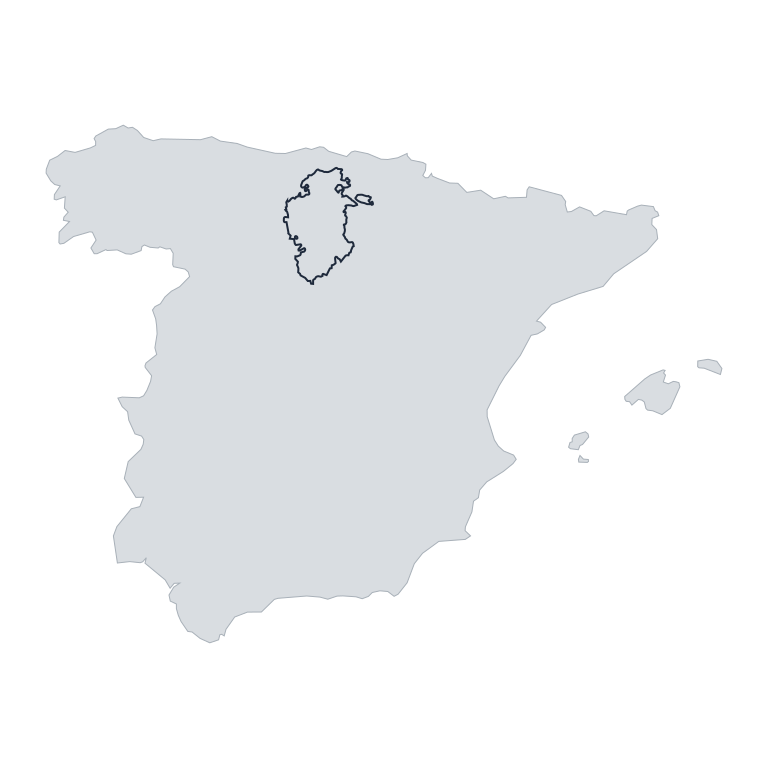 where Burgos sits in Spain
{"feature_id": "ESP-5810", "entity_name": "Burgos", "entity_type": "Autonomous Community", "adm_level": 1, "iso_a3": "ESP", "parent_name": "Spain", "parent_adm1": "", "projection": "orthographic", "projection_center": [-3.389, 42.329], "detail": "fine", "context": "in_parent", "style": "outline", "palette": "slate", "viewbox_px": 768, "rotation_deg": 0, "n_neighbors": 0, "source": "natural_earth", "source_scale": "10m", "svg_char_len": 9725}
<svg xmlns="http://www.w3.org/2000/svg" viewBox="0 0 768 768"><path d="M407.1,153.5L407.3,155.8L411.2,160.1L422.9,162.5L425.9,164.2L425.5,170.3L422.8,175.5L425.4,177.8L428.2,177.7L431.5,173.4L432.3,176.1L437.7,178.5L449.6,183.0L457.9,183.3L466.8,192.4L480.7,190.2L493.7,198.8L505.4,196.3L508.1,197.9L526.5,197.3L527.1,189.9L529.2,186.8L561.5,195.4L565.7,201.5L565.2,204.7L567.3,212.0L571.4,211.5L579.6,206.9L590.8,211.3L593.9,215.6L596.2,215.8L604.1,210.8L626.5,214.7L627.2,211.1L628.6,210.0L637.7,206.1L641.4,205.1L653.4,206.6L655.1,210.7L657.6,212.1L658.8,215.7L652.1,218.4L651.8,224.6L656.5,229.6L657.7,238.7L646.6,251.4L613.7,273.8L603.1,286.4L577.8,294.1L551.6,304.5L536.5,321.1L540.6,322.2L545.6,327.4L544.2,329.9L537.4,333.9L531.1,335.3L520.3,355.4L504.8,376.4L499.1,385.8L487.1,409.9L487.2,416.7L494.4,440.0L498.3,446.1L503.7,451.0L513.6,455.1L516.2,459.3L513.0,463.6L503.4,471.4L486.7,481.9L479.7,490.0L478.4,497.7L473.5,501.2L471.9,511.9L465.4,526.8L465.1,530.7L470.5,535.9L465.3,539.4L438.8,541.4L422.5,553.3L414.3,563.7L407.1,582.8L398.1,594.2L394.1,596.3L387.8,591.5L379.9,590.8L372.3,592.5L368.4,596.4L362.2,598.7L356.0,596.8L342.9,595.9L337.0,596.1L327.8,599.2L320.0,597.1L306.7,596.0L278.0,598.3L274.3,599.4L261.4,612.0L247.4,612.1L234.7,617.0L226.0,629.3L224.2,635.9L221.7,634.3L219.8,634.8L218.6,639.8L209.8,642.8L200.1,638.4L192.1,632.0L187.8,631.4L181.1,621.6L178.3,615.3L176.4,608.6L176.4,604.0L170.3,601.1L169.0,595.0L173.7,587.2L179.8,583.1L174.2,583.3L170.1,588.2L165.2,579.9L145.0,563.2L146.3,557.7L142.7,561.8L140.2,562.7L129.7,561.6L117.4,563.0L113.4,535.9L116.9,526.6L131.3,508.8L139.9,506.6L143.6,497.2L135.9,497.4L124.3,478.5L128.2,461.6L140.9,449.4L143.2,444.3L143.8,439.5L141.6,436.1L135.0,433.9L128.8,420.2L127.6,411.7L122.2,406.7L117.9,398.1L122.2,397.1L139.3,397.8L143.6,395.8L146.9,390.4L150.6,381.3L151.6,375.7L145.2,367.4L145.0,365.7L146.0,363.0L156.7,354.5L154.9,347.8L157.1,333.9L156.6,325.6L155.7,318.9L152.5,310.0L155.0,306.6L160.4,303.8L165.0,296.9L171.4,291.2L179.7,286.7L189.6,276.6L188.2,271.9L185.0,269.1L173.5,266.7L172.7,264.6L173.2,253.3L170.4,248.6L166.2,249.0L159.8,246.8L158.2,248.0L150.1,247.3L144.4,245.0L141.9,246.6L141.1,250.6L131.3,254.2L125.9,253.8L117.2,249.9L107.1,250.5L105.9,249.6L97.1,253.7L94.2,253.7L90.9,248.0L96.1,240.1L92.4,232.2L89.8,231.8L73.6,236.5L63.9,243.3L60.1,244.0L58.9,242.6L59.2,232.1L69.5,221.5L63.4,220.3L63.9,217.1L68.2,212.2L64.4,208.1L65.2,196.8L56.3,199.9L54.2,199.2L54.4,194.6L60.2,185.9L54.7,184.5L50.8,180.9L46.1,173.1L46.3,169.2L49.7,160.2L57.5,156.4L65.1,150.5L75.1,152.4L90.4,147.9L95.6,145.4L95.7,141.6L94.1,138.6L95.8,136.0L108.3,129.1L115.7,128.7L123.3,125.2L128.1,128.0L132.5,127.3L137.4,130.5L143.7,137.5L153.2,140.7L161.0,138.9L200.5,139.7L211.8,136.7L220.4,141.1L237.2,143.5L247.3,147.1L275.3,153.3L285.5,153.5L305.9,148.0L311.5,149.5L319.7,146.8L323.6,147.3L328.7,151.3L346.7,156.6L351.4,152.0L354.9,151.0L367.9,153.7L381.0,159.2L387.8,159.5L397.7,157.8L407.1,153.5ZM663.3,382.0L668.3,383.8L673.3,381.4L676.1,381.8L678.9,382.7L679.9,386.8L670.3,408.3L662.0,414.6L652.8,410.8L647.6,410.1L646.0,408.6L644.3,402.0L641.8,400.1L638.4,399.4L631.9,405.1L629.6,401.7L626.2,401.3L624.9,399.3L624.7,396.5L644.7,379.0L650.6,375.0L663.1,369.9L665.1,370.4L663.6,373.0L665.5,375.1L663.3,382.0ZM721.9,368.5L720.4,374.5L704.2,368.2L699.0,367.8L697.7,366.7L697.8,361.0L708.1,359.3L716.8,361.3L721.9,368.5ZM580.0,445.5L578.3,449.7L570.4,448.7L568.6,447.2L570.0,442.5L572.2,441.8L572.2,438.5L574.4,435.1L585.4,431.8L588.0,433.9L588.7,437.0L582.5,444.5L580.0,445.5ZM588.5,461.4L587.4,462.4L578.8,462.1L578.4,459.4L580.0,455.5L583.4,459.1L588.3,459.5L588.5,461.4Z" fill="#d9dde1" stroke="#a8b0b8" stroke-width="1"/><path d="M357.1,204.9L353.7,206.1L352.4,205.9L351.6,205.5L348.4,205.2L346.3,205.4L345.6,205.8L345.4,206.2L346.0,207.0L346.1,207.5L346.2,207.9L345.9,208.5L345.2,209.3L345.0,209.7L343.6,211.3L343.5,211.8L343.7,212.1L344.1,212.1L344.5,212.0L344.9,211.9L345.3,211.9L345.6,212.2L345.7,212.6L345.7,213.2L345.5,213.7L345.2,214.6L345.1,215.1L345.2,215.6L345.9,216.1L346.2,216.4L346.4,216.9L346.6,217.3L346.8,217.7L346.7,218.1L346.3,219.5L346.3,221.0L346.3,221.5L346.4,222.0L346.4,222.5L345.7,223.9L345.4,224.2L344.4,224.4L343.9,224.6L343.8,225.0L344.0,225.4L344.3,225.7L344.4,226.2L344.4,227.3L344.6,228.4L344.8,228.9L344.9,229.8L344.8,231.2L344.2,233.3L343.9,233.9L343.3,234.4L343.3,234.8L345.0,237.3L345.1,237.8L345.4,238.6L345.8,238.9L346.5,239.5L347.1,240.3L347.3,240.7L347.5,241.2L348.0,241.9L348.8,242.3L349.4,242.4L349.8,242.3L350.5,242.3L351.3,242.2L351.7,242.1L352.1,242.1L352.5,242.3L352.8,242.6L353.0,243.1L353.2,243.6L353.4,244.0L353.7,246.2L352.7,246.6L351.1,250.3L350.9,251.8L350.6,252.4L350.2,252.5L349.8,252.5L349.4,252.7L349.2,253.0L348.5,255.3L347.1,255.2L345.6,255.6L340.9,261.6L339.7,259.3L339.4,259.1L338.0,258.4L337.8,258.2L337.6,257.8L336.8,256.9L335.9,256.8L335.2,257.5L335.1,258.9L335.6,263.0L335.5,263.3L335.3,263.5L333.5,264.8L331.8,265.3L331.6,268.2L329.9,268.4L326.6,275.1L323.2,273.9L322.8,274.0L322.5,274.4L322.4,274.8L322.5,275.9L320.9,276.7L318.4,276.2L317.2,276.4L316.0,277.1L315.7,277.5L315.1,278.7L314.7,279.0L313.6,279.6L313.2,280.1L313.1,280.7L313.1,283.9L311.1,283.7L310.3,280.9L307.8,281.0L305.2,277.9L300.6,275.4L300.0,273.8L298.2,272.3L298.4,268.7L298.2,267.6L297.0,264.9L297.7,263.1L297.9,261.7L295.3,258.9L295.4,256.3L297.2,256.4L299.9,255.3L300.3,255.0L300.5,254.6L300.7,254.0L300.8,252.7L301.0,252.4L304.1,251.6L304.7,251.0L305.1,250.2L305.2,249.5L305.0,248.8L304.6,248.3L304.1,248.2L299.6,250.6L298.6,250.5L298.4,249.3L301.2,245.7L301.3,245.1L301.0,244.5L300.5,244.3L296.0,245.0L295.7,244.9L294.8,243.6L294.0,239.1L289.8,238.7L290.6,235.6L288.3,233.4L288.4,232.4L286.5,222.1L284.5,222.1L284.0,221.6L283.8,220.6L283.9,218.4L284.1,217.7L284.6,217.2L285.3,217.0L288.1,217.3L288.0,214.9L287.2,212.0L286.6,211.0L285.6,209.9L285.5,210.1L285.3,209.8L286.3,209.3L285.8,207.3L286.8,206.6L286.7,204.2L286.3,202.6L286.4,202.0L287.2,200.7L287.2,200.9L287.6,201.2L288.2,201.6L289.5,200.8L291.2,198.7L292.5,197.9L293.1,197.7L293.8,197.9L294.5,198.6L294.8,198.7L295.2,198.5L295.5,198.1L296.1,196.9L297.9,196.5L299.4,193.4L299.7,193.1L300.1,192.9L300.3,193.1L300.3,193.5L300.4,195.5L300.2,196.5L301.9,197.0L302.7,196.9L303.7,196.6L304.3,196.3L306.0,194.7L306.8,194.6L308.5,194.6L309.0,194.3L309.3,193.9L309.3,193.4L309.3,193.0L309.2,192.7L308.8,191.9L308.7,191.4L308.7,190.7L308.7,190.2L308.5,189.8L308.1,189.5L307.6,189.5L307.0,189.8L306.7,190.2L306.3,190.9L305.9,191.1L305.5,191.1L305.1,190.9L304.9,190.5L304.9,190.0L304.7,189.2L304.9,188.9L305.2,188.6L305.2,188.3L305.3,188.0L306.7,187.9L308.1,187.0L308.4,186.5L308.3,186.1L307.7,185.2L307.4,184.9L306.9,184.7L306.1,185.0L305.9,185.3L305.4,186.2L305.1,186.5L303.8,187.3L302.9,187.6L302.5,187.6L302.0,187.4L301.6,187.1L301.3,186.6L301.1,186.2L301.1,185.7L301.1,185.2L302.3,182.1L302.7,181.2L303.1,180.9L303.5,180.7L304.4,180.1L305.4,179.0L306.2,178.6L306.9,178.4L307.4,178.1L308.0,177.4L308.2,176.8L308.3,175.6L308.6,175.4L309.0,175.3L309.5,175.2L310.9,175.3L311.3,175.3L311.8,175.1L312.5,174.4L313.4,173.9L314.0,173.4L314.7,172.7L315.8,171.1L316.8,170.0L317.5,169.6L318.1,169.5L318.5,169.7L319.3,170.3L319.7,170.5L321.1,170.8L322.5,171.1L323.8,171.8L324.7,172.0L325.6,171.9L327.0,172.1L328.4,172.0L331.4,170.8L335.4,168.2L335.9,168.0L336.4,167.9L336.7,168.0L337.0,168.1L337.8,168.9L338.9,169.0L340.5,169.1L341.6,169.2L341.9,169.4L342.1,169.7L342.1,170.3L341.2,171.0L341.0,171.5L340.6,172.6L340.7,173.2L341.0,173.6L341.8,173.9L342.1,174.4L342.0,175.2L341.8,176.4L341.8,177.9L341.5,178.7L341.2,179.1L341.0,179.5L341.2,179.8L341.6,180.0L343.1,180.4L344.5,180.5L344.9,180.6L345.4,180.4L346.3,178.4L347.2,178.0L347.6,178.1L347.8,178.4L347.9,179.2L348.2,179.6L349.1,179.9L349.5,180.3L349.6,180.7L349.5,181.2L349.4,181.7L349.0,182.0L347.7,182.2L347.1,182.1L347.1,182.7L347.8,183.6L348.4,184.0L349.8,184.5L350.1,185.0L350.1,185.3L350.0,185.7L349.9,186.0L349.6,186.2L349.0,186.4L348.6,186.4L348.0,187.0L347.6,187.3L347.2,187.3L346.2,187.4L345.4,187.6L344.9,187.6L343.0,187.2L342.6,187.1L342.2,186.9L341.9,186.5L341.7,185.7L341.4,185.3L340.9,185.1L339.9,184.9L338.1,185.0L337.7,185.4L337.3,185.9L337.1,186.3L336.6,187.1L335.9,187.9L335.6,188.4L335.4,188.8L335.4,189.3L335.6,189.6L336.3,190.3L337.8,192.2L338.1,192.5L338.5,192.6L338.8,192.1L338.8,191.8L339.2,190.9L339.5,190.6L339.9,190.4L340.4,190.3L341.3,190.3L341.7,190.1L342.0,189.7L342.7,188.7L343.1,188.6L343.5,188.8L343.7,189.3L343.6,190.1L343.2,190.7L342.7,191.6L342.2,192.3L341.9,192.9L341.7,193.4L341.7,193.9L341.9,194.4L342.2,194.7L342.5,195.1L342.8,195.5L342.6,196.1L342.4,196.6L343.0,196.6L344.5,196.3L346.0,195.6L347.5,196.4L348.9,197.7L349.9,198.4L350.6,198.7L351.9,200.3L353.1,200.8L356.3,203.5L356.9,204.1L357.1,204.9ZM296.3,238.8L297.1,238.6L297.3,238.4L297.4,238.2L297.3,237.2L297.0,236.7L296.5,236.3L295.9,236.1L295.4,236.2L295.2,236.4L295.0,236.7L294.9,237.0L294.9,237.4L295.0,238.0L295.2,238.3L295.4,238.5L296.3,238.8ZM361.1,194.7L362.4,194.8L363.0,195.0L363.7,195.3L366.7,196.2L367.3,196.2L367.8,196.2L368.2,196.0L368.5,196.0L368.8,196.2L369.0,196.5L369.2,196.8L369.7,197.1L370.1,197.1L370.6,197.1L370.8,197.3L370.7,197.9L370.6,198.2L370.5,198.5L370.0,199.4L369.8,199.7L369.6,199.9L369.0,200.0L368.7,200.2L368.6,200.5L368.6,200.8L368.8,201.1L369.5,201.9L370.0,202.6L370.3,202.8L370.6,202.8L370.9,202.7L371.2,202.5L371.7,202.0L372.0,201.8L372.3,201.8L372.4,202.0L372.6,202.3L372.7,202.7L372.9,203.3L372.9,204.2L372.8,204.4L372.3,204.7L371.7,204.8L371.5,204.6L371.4,204.4L370.8,204.2L367.0,204.1L364.5,203.1L361.2,202.4L358.2,201.0L356.9,200.0L355.7,198.8L355.4,198.2L355.5,197.8L356.2,197.0L357.2,195.4L357.5,195.1L358.0,194.9L361.1,194.7Z" fill="none" stroke="#1e293b" stroke-width="2"/></svg>